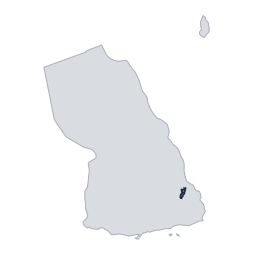 location of Radfan, Lahij, Yemen, rotated 269°
{"feature_id": "15242507B45884450184914", "entity_name": "Radfan", "entity_type": "district", "adm_level": 2, "iso_a3": "YEM", "parent_name": "Yemen", "parent_adm1": "Lahij", "projection": "equal_earth", "projection_center": [44.984, 13.489], "detail": "fine", "context": "in_parent", "style": "filled", "palette": "slate", "viewbox_px": 256, "rotation_deg": 269, "n_neighbors": 0, "source": "geoboundaries", "source_scale": "gbopen_adm2", "svg_char_len": 4013}
<svg xmlns="http://www.w3.org/2000/svg" viewBox="0 0 256 256"><g transform="rotate(269 128 128)"><path d="M211.4,103.0L202.1,107.4L199.7,109.4L197.5,111.8L195.9,114.9L194.8,120.2L195.7,125.1L195.6,127.7L193.3,129.4L191.0,130.7L188.6,132.6L187.0,133.0L185.8,134.6L184.4,135.6L179.2,138.4L173.5,140.5L164.5,143.1L161.1,145.8L157.9,147.7L153.1,148.3L146.5,150.9L142.8,153.0L138.2,156.5L137.2,157.6L136.4,160.1L135.0,162.3L132.3,165.9L130.2,167.7L128.9,167.8L126.2,168.8L123.0,169.0L117.7,167.7L116.3,168.6L115.2,170.0L111.1,172.5L106.9,177.4L103.8,178.7L98.9,180.3L95.4,182.3L93.1,183.1L90.1,183.6L84.5,183.3L79.3,184.1L74.4,185.5L72.1,188.1L69.5,192.3L65.2,194.0L64.2,195.5L62.9,198.6L60.1,199.3L57.6,199.9L55.0,198.5L50.2,202.2L48.4,202.8L45.6,203.0L43.7,203.8L42.2,203.5L40.5,202.1L36.7,200.3L34.0,201.5L33.8,198.0L29.3,187.3L30.3,177.9L30.3,176.6L29.4,172.5L26.7,168.7L26.8,163.9L25.9,160.4L25.2,156.9L25.4,156.0L25.5,155.1L24.1,149.7L23.7,148.6L23.5,147.4L23.9,146.5L23.9,145.5L23.2,143.9L22.5,140.7L18.8,138.2L19.5,135.9L20.3,136.7L21.2,137.4L21.4,135.9L21.4,134.8L19.9,127.7L22.2,118.3L21.5,109.9L25.0,106.5L25.9,105.5L26.4,104.6L27.2,102.6L28.3,102.0L28.7,100.0L28.7,99.0L28.0,98.1L27.4,95.8L27.6,92.8L27.8,91.5L28.2,89.2L29.4,88.4L29.7,87.7L28.7,86.3L28.8,85.4L30.9,83.0L31.7,82.3L33.0,81.5L34.1,81.5L35.3,82.0L36.3,82.6L37.4,83.9L38.5,85.3L40.1,85.8L41.3,85.7L42.2,86.3L43.0,85.9L43.9,85.2L45.3,85.3L46.6,84.4L50.3,84.1L53.8,84.3L57.5,83.6L61.2,83.7L64.9,83.7L65.7,83.8L66.5,84.3L69.6,86.4L72.0,86.8L76.8,87.4L81.9,88.0L86.3,88.6L90.0,88.1L93.1,87.7L94.0,87.7L94.9,89.1L96.8,92.4L98.6,95.5L101.7,95.6L103.7,94.5L105.8,92.8L107.2,91.5L108.7,86.5L109.7,83.2L111.9,79.5L113.8,76.5L116.3,72.4L117.7,70.1L120.5,65.7L123.1,64.0L128.2,60.6L133.1,57.3L136.4,55.2L139.1,54.2L143.7,53.4L149.2,52.4L154.6,51.4L160.4,50.4L166.9,49.2L171.3,48.4L177.0,47.4L181.7,46.5L185.8,45.8L190.1,45.0L191.0,47.5L191.8,49.9L192.7,52.4L193.5,54.8L194.4,57.3L195.2,59.8L196.1,62.2L196.9,64.7L197.8,67.2L198.6,69.6L199.5,72.1L200.3,74.6L201.2,77.0L202.0,79.5L202.9,82.0L203.7,84.5L204.5,86.9L205.9,87.7L206.7,90.0L207.9,93.2L209.0,96.5L210.2,99.8L211.4,103.0ZM225.3,203.0L226.4,203.3L228.1,202.5L233.1,202.4L239.2,205.1L238.1,205.9L237.4,206.9L234.8,207.8L232.2,210.0L224.5,211.0L222.3,210.4L220.4,208.3L217.0,205.6L218.3,203.9L218.6,203.1L219.1,202.4L221.0,201.1L222.9,201.3L225.3,203.0ZM21.1,169.7L20.8,170.2L20.5,170.1L19.4,168.8L20.6,167.3L21.3,168.6L21.1,169.7ZM17.6,136.5L17.0,137.0L16.8,136.0L17.2,133.9L17.8,133.2L18.2,134.8L17.9,135.7L17.6,136.5ZM20.5,176.3L19.2,177.1L20.1,175.1L21.0,174.7L21.2,174.8L20.5,176.3Z" fill="#d9dde1" stroke="#a8b0b8" stroke-width="1"/><path d="M66.7,183.5L66.4,183.4L66.4,183.2L66.5,183.1L66.4,183.1L66.2,183.1L65.9,182.9L65.7,182.8L65.5,182.7L65.5,182.4L65.5,182.2L65.6,181.9L65.5,181.7L65.4,181.6L65.4,181.4L65.3,181.1L65.3,180.8L65.4,180.7L65.5,180.5L65.6,180.4L65.4,180.3L65.3,180.2L65.2,180.2L64.9,180.2L64.7,180.3L64.4,180.4L64.2,180.5L63.9,180.7L63.7,180.7L63.7,180.8L63.4,180.8L63.2,181.0L63.0,181.3L62.9,181.3L62.7,181.3L62.4,181.4L62.3,181.2L62.2,181.1L62.1,180.9L62.0,180.7L61.9,180.5L61.7,180.6L61.5,180.4L61.4,180.4L61.4,180.2L61.2,180.1L60.9,179.9L60.7,179.8L60.6,179.7L60.4,179.6L60.2,179.6L59.9,179.6L59.8,179.4L59.7,179.4L59.4,179.3L59.4,179.2L59.2,179.2L58.9,179.3L58.6,179.3L57.8,179.0L57.7,179.0L57.4,179.2L57.4,179.3L57.3,179.5L57.2,179.5L56.8,179.6L56.7,179.9L56.7,180.1L56.8,180.2L56.9,180.4L57.0,180.5L57.4,180.6L57.5,180.6L57.8,180.8L58.0,180.9L58.2,181.0L58.3,181.1L58.5,181.3L58.7,181.5L58.8,181.6L59.1,181.8L59.3,181.8L59.5,181.8L59.8,181.8L60.0,181.8L60.3,181.9L60.4,182.0L60.5,182.1L60.6,182.3L60.7,182.6L60.8,182.7L60.9,182.9L61.0,183.0L61.3,183.3L61.6,183.3L61.7,183.2L61.8,183.1L62.1,183.0L62.3,183.0L62.5,183.0L62.7,183.3L62.8,183.5L63.1,183.7L63.3,183.7L63.5,183.7L63.9,183.7L64.0,183.8L64.3,183.8L64.7,184.1L64.8,184.2L66.5,184.5L66.9,184.4L67.0,184.4L66.9,184.2L66.8,183.8L66.6,183.8L66.7,183.5Z" fill="#64748b" stroke="#1e293b" stroke-width="1.5"/></g></svg>